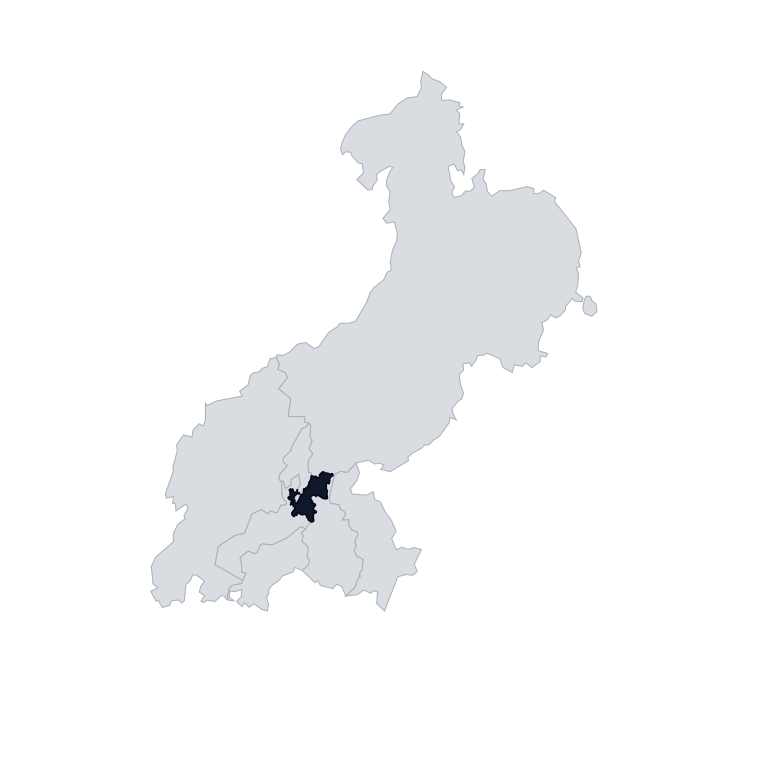 Tajikistan highlighted, Robinson projection, rotated 296°
{"feature_id": "TJK", "entity_name": "Tajikistan", "entity_type": "country or territory", "adm_level": 0, "iso_a3": "TJK", "parent_name": "Asia", "parent_adm1": "", "projection": "robinson", "projection_center": [70.744, 38.86], "detail": "fine", "context": "with_neighbors", "style": "filled", "palette": "ink", "viewbox_px": 768, "rotation_deg": 296, "n_neighbors": 7, "source": "natural_earth", "source_scale": "50m", "svg_char_len": 11652}
<svg xmlns="http://www.w3.org/2000/svg" viewBox="0 0 768 768"><g transform="rotate(296 384 384)"><path d="M360.7,275.6L356.1,281.3L350.6,282.1L350.9,290.6L347.4,294.4L333.7,291.6L329.8,306.8L312.9,312.1L319.8,327.0L315.1,329.2L315.9,334.1L311.5,332.9L307.9,329.8L286.0,328.7L283.5,329.6L273.5,326.0L269.6,327.8L268.6,332.9L257.1,329.9L252.5,331.1L250.9,334.9L237.7,342.4L234.5,348.6L231.9,348.7L230.0,344.6L221.1,344.3L219.8,337.3L216.4,337.2L217.1,328.6L208.9,322.3L188.8,324.2L182.5,316.5L165.5,306.4L147.5,311.4L145.6,343.1L142.0,343.5L137.5,336.8L133.0,334.4L124.9,336.2L121.6,339.0L121.4,336.9L123.4,333.3L122.3,330.3L114.5,327.4L112.1,319.7L108.4,317.5L108.5,314.7L115.1,315.5L115.9,309.3L121.9,307.9L127.8,309.2L129.8,300.9L129.0,295.7L122.2,296.1L116.6,294.0L101.8,299.5L98.5,298.1L99.7,293.8L96.0,288.1L91.0,288.3L85.9,282.6L90.6,276.2L88.9,274.4L95.4,265.2L101.6,270.0L103.2,263.9L118.0,254.9L128.3,254.7L149.7,263.8L157.1,260.3L167.6,260.1L175.7,264.4L177.8,262.0L187.1,262.3L189.0,258.4L178.7,252.7L185.2,248.6L184.1,246.3L190.5,244.2L186.1,238.5L189.3,235.7L213.6,232.8L216.8,230.7L232.9,227.6L238.7,224.3L250.2,226.0L252.2,234.6L259.0,232.6L267.3,235.4L266.8,239.9L273.0,239.5L289.0,231.6L286.7,234.2L295.2,240.7L310.9,261.8L314.2,257.4L323.6,262.2L333.0,260.1L336.7,261.6L340.3,266.4L345.1,268.0L348.2,271.6L356.7,270.4L360.7,275.6Z" fill="#d9dde1" stroke="#a8b0b8" stroke-width="1"/><path d="M145.6,343.1L147.5,311.4L165.5,306.4L182.5,316.5L188.8,324.2L208.9,322.3L217.1,328.6L216.4,337.2L219.8,337.3L221.1,344.3L230.0,344.6L231.9,348.7L234.5,348.6L237.7,342.4L250.9,334.9L253.0,335.7L247.1,341.3L252.3,344.5L257.3,342.4L265.7,346.9L256.7,353.1L248.4,352.5L247.4,350.1L248.9,346.1L239.4,348.1L233.8,358.4L227.8,358.0L226.0,361.8L231.2,363.9L232.6,370.3L228.5,379.1L219.2,377.2L219.4,371.9L202.7,363.9L190.2,353.9L187.1,345.0L184.8,343.5L177.2,343.9L174.6,342.1L174.2,335.2L165.0,330.7L158.8,335.7L152.7,338.7L153.5,343.0L145.6,343.1Z" fill="#d9dde1" stroke="#a8b0b8" stroke-width="1"/><path d="M300.7,393.4L293.8,400.7L285.8,402.0L274.8,399.9L271.2,403.6L276.5,417.1L282.4,421.4L276.2,426.4L276.4,432.6L269.4,441.3L264.8,450.2L257.1,459.3L248.5,458.6L240.3,467.7L245.1,471.6L246.0,478.3L250.2,482.7L251.7,490.2L235.2,490.2L230.2,496.0L224.7,493.8L222.5,487.5L216.8,480.9L180.3,483.9L183.4,473.8L194.2,469.3L193.6,465.3L190.1,463.9L190.0,456.3L183.0,452.4L176.6,442.6L188.9,447.1L196.3,445.8L200.7,446.9L202.2,445.0L207.4,445.7L217.0,442.1L217.3,434.7L221.5,429.8L227.0,429.8L227.8,427.4L233.4,426.2L236.1,427.0L239.0,424.6L238.6,419.4L241.7,414.1L246.4,411.9L243.5,406.2L250.4,406.5L252.4,403.3L252.1,400.0L255.7,396.3L253.2,388.4L257.3,384.6L281.1,379.2L286.4,383.2L288.7,389.9L300.7,393.4Z" fill="#d9dde1" stroke="#a8b0b8" stroke-width="1"/><path d="M219.2,377.2L223.1,377.3L230.7,380.1L235.9,377.4L238.3,379.0L240.7,375.1L244.9,375.2L246.8,370.5L249.9,367.5L253.7,369.4L253.0,372.1L255.1,372.5L254.5,379.8L257.3,382.6L263.0,379.9L267.4,376.0L279.8,376.7L281.1,379.2L257.3,384.6L253.2,388.4L255.7,396.3L252.1,400.0L252.4,403.3L250.4,406.5L243.5,406.2L246.4,411.9L241.7,414.1L238.6,419.4L239.0,424.6L236.1,427.0L233.4,426.2L227.8,427.4L227.0,429.8L221.5,429.8L217.3,434.7L217.0,442.1L207.4,445.7L202.2,445.0L200.7,446.9L196.3,445.8L188.9,447.1L176.6,442.6L183.5,434.7L183.1,429.1L177.6,427.7L175.0,415.2L178.2,410.5L175.1,409.2L180.6,392.0L187.9,395.3L193.4,394.2L195.0,390.2L200.7,388.9L204.8,386.3L206.4,379.4L212.5,377.7L213.7,374.6L219.2,377.2Z" fill="#d9dde1" stroke="#a8b0b8" stroke-width="1"/><path d="M250.9,334.9L252.5,331.1L257.1,329.9L268.6,332.9L269.6,327.8L273.5,326.0L283.5,329.6L286.0,328.7L307.9,329.8L311.5,332.9L315.9,334.1L315.0,336.1L304.1,340.7L301.7,344.2L292.8,345.2L290.2,350.7L282.7,349.5L277.9,351.2L271.2,355.3L272.2,357.3L270.2,359.3L256.8,360.6L248.0,357.8L240.3,358.4L241.0,353.5L248.7,354.9L251.3,352.2L256.7,353.1L265.7,346.9L257.3,342.4L252.3,344.5L247.1,341.3L253.0,335.7L250.9,334.9Z" fill="#d9dde1" stroke="#a8b0b8" stroke-width="1"/><path d="M121.6,339.0L124.9,336.2L133.0,334.4L137.5,336.8L142.0,343.5L153.5,343.0L152.7,338.7L158.8,335.7L165.0,330.7L174.2,335.2L174.6,342.1L177.2,343.9L184.8,343.5L187.1,345.0L190.2,353.9L202.7,363.9L219.4,371.9L219.2,377.2L213.7,374.6L212.5,377.7L206.4,379.4L204.8,386.3L200.7,388.9L195.0,390.2L193.4,394.2L187.9,395.3L180.6,392.0L180.2,384.7L174.9,384.4L167.0,376.8L161.3,375.8L153.6,371.4L148.6,370.6L145.4,372.2L140.6,372.0L135.2,376.9L128.8,378.6L127.9,372.5L129.5,363.4L124.2,360.5L126.4,354.6L121.7,354.1L123.9,346.8L130.3,348.9L136.7,346.2L132.0,341.0L130.4,336.1L124.6,338.3L123.3,344.6L121.6,339.0Z" fill="#d9dde1" stroke="#a8b0b8" stroke-width="1"/><path d="M542.4,543.7L536.0,541.0L535.4,533.6L538.9,529.6L547.0,527.2L551.4,527.4L553.3,530.7L550.1,534.5L548.7,539.5L542.4,543.7ZM315.9,334.1L315.1,329.2L319.8,327.0L312.9,312.1L329.8,306.8L333.7,291.6L347.4,294.4L350.9,290.6L350.6,282.1L356.1,281.3L360.7,275.6L363.3,274.9L365.6,280.8L371.6,285.3L381.6,288.5L387.0,295.4L385.3,305.3L388.2,308.9L405.9,311.6L414.8,316.9L419.2,317.9L423.2,325.8L427.9,330.9L450.2,332.6L459.3,331.5L466.4,332.7L477.5,338.0L485.9,337.9L489.5,340.6L496.9,336.0L507.7,333.0L518.1,332.7L525.7,329.7L534.2,322.2L529.7,316.0L532.3,310.5L543.7,313.0L549.6,308.5L559.3,305.2L563.0,299.6L567.2,297.2L576.9,296.1L582.5,297.0L582.5,294.0L574.8,288.1L568.8,285.4L564.3,288.5L557.3,287.2L553.8,288.2L551.2,284.8L555.8,269.9L564.5,273.1L572.6,267.8L571.4,264.1L574.8,255.3L577.6,252.6L576.2,248.0L572.0,246.1L576.1,241.9L583.7,240.4L592.2,240.2L602.8,242.7L609.5,245.7L624.1,262.8L629.3,271.0L641.7,273.7L651.5,279.7L656.7,287.7L667.0,287.7L671.7,284.4L682.1,281.9L681.0,289.5L679.4,292.6L680.1,301.9L678.1,310.2L669.3,308.6L664.3,311.6L668.2,319.0L670.0,329.2L666.5,329.4L667.7,333.8L661.8,328.7L660.3,333.5L650.5,337.2L652.8,341.7L646.6,341.4L642.6,338.7L639.3,344.8L632.7,349.4L628.3,355.0L618.9,357.5L614.5,361.5L607.2,363.9L610.3,359.9L608.1,356.5L612.5,350.7L607.7,346.2L595.6,355.2L592.2,360.8L585.4,361.2L582.4,365.3L587.2,371.1L593.3,372.6L594.3,376.5L600.4,379.0L607.3,372.8L614.3,376.2L618.9,376.4L621.0,380.9L611.3,383.4L608.8,388.0L602.6,392.4L599.9,398.5L608.5,403.2L612.6,411.8L624.3,426.4L625.2,432.9L620.9,435.3L623.4,439.9L628.1,442.6L626.7,456.6L622.7,457.3L607.7,488.5L588.1,503.9L579.8,504.9L575.4,508.7L572.6,505.9L568.7,510.2L558.5,514.6L550.6,515.9L548.6,525.1L544.5,525.6L542.1,519.3L543.7,515.9L533.4,513.1L530.0,514.6L522.3,512.3L518.5,508.8L519.4,503.8L512.4,502.2L508.6,498.9L502.5,503.6L489.3,504.5L481.5,507.9L483.2,517.8L479.1,517.6L477.9,512.0L472.6,514.5L463.5,509.6L465.3,502.4L460.5,500.7L458.4,492.7L450.5,494.2L451.0,483.9L457.6,476.6L456.8,462.8L453.4,460.7L450.6,455.6L446.3,456.2L438.2,454.9L440.5,451.3L436.7,445.9L431.7,449.5L425.4,447.4L417.1,452.9L410.7,459.4L404.8,460.5L401.4,458.2L392.1,455.9L388.2,458.1L383.6,464.6L382.7,457.8L378.2,459.6L361.1,456.7L355.0,452.9L349.2,451.2L346.6,447.0L342.4,445.8L334.8,440.1L328.8,437.5L325.8,439.5L308.0,428.0L305.8,418.4L311.0,419.5L311.1,415.1L308.1,410.7L308.7,403.6L300.7,393.4L288.7,389.9L286.4,383.2L281.1,379.2L279.8,376.7L278.8,368.4L274.4,366.4L272.1,367.3L270.2,359.3L272.2,357.3L271.2,355.3L277.9,351.2L282.7,349.5L290.2,350.7L292.8,345.2L301.7,344.2L304.1,340.7L315.0,336.1L315.9,334.1Z" fill="#d9dde1" stroke="#a8b0b8" stroke-width="1"/><path d="M228.0,378.8L228.3,378.2L228.4,376.1L228.8,375.4L229.9,374.1L230.4,373.1L231.1,372.3L231.5,372.0L231.9,371.4L232.3,370.7L232.4,370.2L232.3,369.8L232.2,369.6L231.6,369.1L230.9,368.4L230.5,367.6L230.3,366.6L230.2,365.9L231.0,364.0L230.8,363.6L230.6,363.3L230.2,363.2L229.6,363.1L229.0,363.2L228.3,363.2L227.7,363.1L227.6,362.9L227.6,362.1L227.4,361.9L227.2,361.7L225.7,361.3L225.4,361.1L225.3,360.9L225.9,359.0L226.1,358.8L226.4,358.5L226.7,358.2L228.0,357.6L229.3,357.9L230.5,358.1L231.7,358.3L232.1,358.4L232.8,358.4L233.2,358.4L233.6,358.1L234.1,357.5L234.3,356.6L234.5,355.7L234.9,355.7L235.2,355.8L235.4,355.6L235.4,355.4L235.5,355.2L235.9,355.3L236.0,355.3L236.1,355.1L235.8,354.7L235.6,354.2L235.7,353.9L236.4,353.8L236.8,353.7L236.8,353.3L236.6,353.2L235.6,353.3L234.5,353.2L234.4,353.1L234.5,352.9L236.8,352.4L237.9,352.6L238.7,352.7L239.0,352.6L238.6,351.9L239.2,351.8L239.2,351.5L238.6,349.5L239.0,349.3L239.3,348.9L239.3,348.1L239.6,347.8L240.0,347.5L240.6,347.8L241.6,348.5L241.9,348.7L242.1,348.7L242.6,348.5L244.2,347.7L245.1,347.3L246.2,346.7L246.4,346.4L246.8,345.5L247.0,345.5L247.3,345.6L248.3,346.5L248.8,347.1L248.8,347.3L248.6,347.5L249.5,348.0L249.3,348.4L249.2,348.6L248.0,349.5L246.9,350.4L246.8,350.6L246.8,350.8L246.8,351.0L247.0,351.2L247.5,351.4L247.9,351.6L248.2,352.1L248.4,352.5L248.8,352.6L250.5,352.3L250.9,352.3L251.0,352.4L250.9,352.7L249.4,353.2L248.7,353.6L248.6,354.4L248.4,354.6L248.1,354.7L247.8,354.8L247.3,353.9L246.8,353.7L246.1,353.4L244.7,352.9L243.9,352.6L242.5,353.0L240.8,353.5L240.6,353.8L240.4,354.2L240.4,354.4L240.5,354.8L240.4,355.0L240.1,355.1L239.7,354.8L239.3,354.6L239.0,355.1L238.8,355.8L238.7,356.4L239.0,357.2L239.2,358.5L239.8,358.4L240.3,358.4L241.3,358.0L241.8,358.0L242.5,358.2L243.8,358.2L244.9,358.2L245.1,358.2L245.4,357.9L245.6,358.0L245.9,358.3L246.9,358.0L247.7,357.9L248.2,358.0L248.5,358.1L249.0,358.9L249.3,359.4L249.8,359.6L251.3,359.4L251.7,358.7L252.1,358.6L252.7,358.5L253.2,358.4L253.6,358.1L254.1,357.8L254.6,357.8L254.8,358.0L254.8,358.5L254.8,358.9L255.1,359.1L256.0,359.1L256.4,359.3L256.5,359.7L256.4,360.4L256.8,360.6L257.0,360.6L258.3,360.0L258.6,360.0L258.9,360.3L259.4,360.8L260.0,361.2L260.4,360.6L260.9,360.1L261.8,359.9L262.3,359.7L262.9,359.7L264.5,359.9L265.1,359.9L266.2,359.9L267.1,359.8L267.8,359.4L268.2,359.2L268.8,359.0L269.5,359.0L269.9,359.1L269.9,359.6L269.9,360.4L269.8,361.0L270.4,362.1L270.7,362.6L271.1,363.0L271.2,363.3L271.1,363.5L270.7,363.7L270.5,364.0L270.4,364.3L270.6,364.6L270.8,365.6L271.2,366.4L271.7,366.8L272.4,367.1L272.8,367.0L273.1,366.4L273.5,365.9L273.9,366.0L274.6,366.0L276.3,366.5L277.9,367.3L278.4,367.7L278.6,368.2L278.2,369.3L278.2,370.0L278.3,370.8L278.7,371.3L279.0,372.3L279.1,373.1L279.3,373.4L279.4,373.6L279.2,374.4L279.1,375.1L279.3,375.4L279.8,375.7L280.6,376.4L280.7,377.0L280.5,377.4L280.0,377.8L279.3,378.2L279.1,378.3L279.0,378.2L278.7,377.9L278.0,377.2L277.5,376.9L276.5,377.0L275.9,376.9L275.2,376.7L274.6,376.7L274.2,377.1L273.9,377.5L273.3,377.6L272.4,377.9L271.0,378.3L270.3,378.3L270.1,378.1L270.2,377.8L270.7,377.5L270.8,377.1L270.7,376.7L270.3,376.6L270.1,376.6L269.9,376.5L269.0,376.3L268.3,376.3L267.1,376.8L264.8,378.0L263.8,378.8L263.1,380.1L261.0,380.5L259.5,381.2L258.0,382.4L257.0,383.0L256.5,383.1L256.0,383.0L255.5,382.7L255.1,381.7L254.6,380.2L254.4,379.2L254.5,378.0L254.7,376.6L254.9,375.1L255.2,373.4L255.4,372.9L255.4,372.5L255.2,372.3L254.7,372.3L254.0,372.5L253.5,372.5L253.2,372.4L253.3,371.6L253.6,370.2L253.1,369.0L251.6,368.1L250.4,367.7L249.4,368.0L248.5,368.8L247.8,370.0L247.1,371.0L246.3,371.8L245.8,372.2L245.6,372.3L245.5,372.7L245.9,373.7L245.9,374.6L245.4,375.3L245.0,375.6L244.4,375.6L244.0,375.4L243.7,375.1L242.8,375.1L241.4,375.2L240.5,375.5L239.9,376.1L239.8,376.9L240.0,377.8L239.9,378.5L239.5,379.0L239.1,379.3L238.8,379.4L238.2,379.0L237.3,378.0L236.6,377.5L236.3,377.4L236.1,377.5L235.9,377.6L235.7,378.0L235.4,378.1L234.9,378.0L234.6,378.1L234.3,378.4L233.7,378.8L232.5,379.1L231.9,379.6L231.8,380.0L231.6,380.2L231.3,380.2L230.2,380.8L229.4,380.6L228.6,379.8L228.1,379.1L228.0,378.8ZM249.1,355.9L248.5,356.2L248.1,356.2L247.8,355.8L247.6,355.5L247.6,355.4L248.2,355.5L248.9,355.6L249.1,355.7L249.1,355.9ZM248.8,346.3L248.6,346.3L248.2,345.9L248.1,345.6L248.5,345.7L248.8,346.1L248.8,346.3Z" fill="#0f172a" stroke="#020617" stroke-width="1.5"/></g></svg>